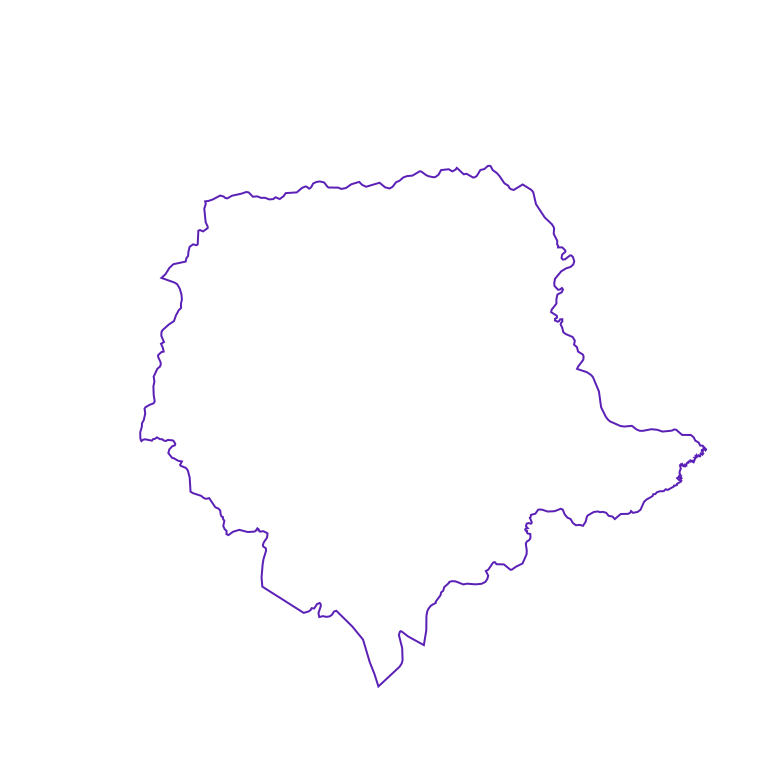 Mueang Loei, Loei, Thailand (Albers equal-area conic projection), rotated 57°
{"feature_id": "78962969B17428732488190", "entity_name": "Mueang Loei", "entity_type": "district", "adm_level": 2, "iso_a3": "THA", "parent_name": "Thailand", "parent_adm1": "Loei", "projection": "albers", "projection_center": [101.792, 17.544], "detail": "fine", "context": "isolated", "style": "outline", "palette": "violet", "viewbox_px": 768, "rotation_deg": 57, "n_neighbors": 0, "source": "geoboundaries", "source_scale": "gbopen_adm2", "svg_char_len": 6153}
<svg xmlns="http://www.w3.org/2000/svg" viewBox="0 0 768 768"><g transform="rotate(57 384 384)"><path d="M242.4,205.2L243.2,207.5L242.9,210.9L239.1,212.8L235.7,219.6L238.2,224.4L238.4,227.9L237.8,229.6L234.2,233.3L231.8,234.9L226.1,237.0L225.1,238.1L224.7,246.7L222.2,251.4L221.3,255.3L222.0,260.4L221.3,263.9L223.3,269.4L223.1,272.8L219.6,276.0L212.8,278.1L208.8,291.6L205.1,293.9L201.0,294.7L198.7,302.6L198.9,309.3L197.1,313.6L194.3,315.5L189.1,323.4L187.9,324.0L182.4,324.4L179.1,327.6L177.7,330.8L177.3,334.3L179.2,337.7L179.6,339.9L179.0,340.6L176.4,341.4L175.5,342.5L174.9,346.0L175.8,352.8L170.4,362.4L171.8,366.0L172.1,370.7L168.3,373.3L168.6,376.2L166.7,379.7L163.0,382.4L160.9,385.8L157.7,388.0L155.5,392.0L149.7,393.1L148.0,394.8L146.7,399.9L143.3,409.0L143.0,414.3L141.6,415.8L139.4,416.4L136.7,418.8L136.0,427.1L134.8,431.7L133.4,434.5L135.9,435.4L139.0,439.2L151.3,445.5L155.8,446.1L157.2,446.9L157.5,452.6L154.6,454.6L154.3,456.2L165.3,464.1L165.6,465.5L162.9,468.1L163.1,472.3L166.9,476.3L169.9,478.5L170.7,481.0L173.3,483.7L168.8,495.4L169.8,500.9L172.9,507.4L173.8,512.9L184.9,504.4L187.6,503.1L193.0,503.4L198.8,505.2L203.1,507.5L206.1,510.6L209.7,512.8L210.3,515.9L213.2,521.2L216.8,525.8L216.9,532.0L218.2,540.3L219.2,542.3L222.3,544.5L229.0,545.7L228.8,549.1L233.3,549.8L236.8,551.1L236.0,553.4L236.8,557.8L238.3,558.7L244.0,559.5L246.1,560.6L247.4,562.5L247.8,565.8L252.4,573.2L256.9,575.2L260.4,578.7L268.1,583.3L273.6,585.7L274.7,587.7L273.8,592.2L273.6,596.6L274.2,598.2L278.8,600.4L283.4,605.1L285.2,608.4L287.9,610.3L291.7,614.7L296.6,617.8L298.8,618.5L299.8,618.5L299.5,616.3L300.3,614.4L305.1,609.5L304.5,607.7L305.2,606.2L305.1,603.5L308.3,601.9L309.6,600.0L311.1,599.7L313.0,598.0L313.2,595.7L316.3,591.8L317.7,591.5L320.5,591.6L321.5,592.9L320.9,595.6L321.9,599.6L324.5,602.5L330.7,601.9L331.6,600.8L336.2,598.5L338.9,595.7L340.7,599.0L341.8,599.1L346.6,595.8L349.6,595.6L356.8,598.0L368.9,604.9L371.6,603.6L378.3,598.2L381.6,597.2L383.5,595.6L384.5,592.8L395.5,592.6L398.5,590.6L401.0,590.3L404.4,592.0L406.8,592.4L407.7,591.6L409.7,592.5L411.8,592.4L415.6,596.2L419.2,596.7L421.4,596.0L424.1,597.9L426.0,596.8L425.7,591.1L427.5,584.8L433.9,578.9L436.9,573.7L437.4,571.9L436.1,568.8L437.5,568.3L438.5,569.0L438.9,568.4L440.3,568.4L441.7,565.4L445.8,563.0L449.1,565.7L451.4,571.2L453.1,573.3L454.4,573.8L457.4,572.6L459.6,573.7L465.2,580.4L469.4,584.2L479.6,592.1L487.7,596.4L532.2,576.0L533.7,571.1L533.6,568.6L532.6,566.8L534.2,564.8L532.1,560.0L532.6,557.2L533.8,557.0L535.7,557.8L540.5,563.8L544.2,565.2L545.4,561.7L548.0,559.0L549.3,556.0L549.2,553.3L547.6,549.8L548.2,547.5L570.0,542.7L587.0,540.8L609.7,547.5L621.8,549.9L634.6,553.4L629.6,524.9L628.0,521.3L625.7,518.8L615.4,512.6L602.6,508.2L600.4,505.5L600.4,504.6L601.4,503.9L609.0,501.2L624.7,492.8L613.6,482.7L601.6,474.7L598.3,471.6L596.7,469.1L595.4,465.2L595.8,459.8L594.7,459.1L591.9,451.6L589.9,449.6L589.6,446.9L587.2,444.2L586.2,437.9L585.6,437.1L586.3,434.5L588.5,431.5L595.3,426.6L596.7,423.1L601.9,416.3L604.7,411.0L605.2,406.8L603.7,403.4L601.5,401.0L596.3,400.4L596.5,397.6L593.2,389.8L593.7,388.1L596.4,387.8L600.6,381.7L608.7,379.1L609.3,377.9L609.1,372.7L610.0,365.6L604.4,357.1L601.1,354.8L595.2,352.1L593.9,350.0L594.0,347.3L593.0,345.1L589.5,343.0L587.7,344.9L586.5,345.0L585.2,344.1L584.2,345.1L582.8,344.7L582.5,344.0L583.2,342.0L580.6,342.4L578.8,340.4L579.4,338.5L581.1,336.9L581.1,336.1L580.3,335.3L575.7,334.6L575.6,333.7L573.8,332.0L575.2,327.7L573.5,323.5L573.6,322.4L575.6,319.8L580.1,316.2L583.6,310.2L584.9,303.8L586.6,302.5L592.2,303.5L596.1,302.9L598.8,301.1L603.5,301.3L607.0,299.9L608.8,296.5L611.3,294.4L609.4,290.0L605.8,286.1L605.2,284.7L605.6,277.7L607.4,274.0L609.2,272.6L610.3,270.2L613.0,267.8L616.9,267.4L619.6,264.6L623.0,264.0L622.0,256.2L625.9,249.9L626.0,247.5L625.1,246.0L627.6,245.4L629.4,241.1L629.2,237.4L624.4,230.0L623.9,226.8L624.3,219.8L623.1,218.2L624.1,216.4L623.4,214.2L624.2,211.1L626.2,207.8L625.7,205.1L627.4,203.6L627.8,196.4L627.2,196.1L628.3,193.6L627.3,192.6L627.6,188.3L627.0,187.3L625.6,188.0L625.3,188.8L622.6,189.4L622.7,186.9L625.2,186.8L625.1,185.8L623.7,186.0L623.2,185.2L622.6,186.0L622.0,185.3L621.6,186.0L621.0,184.8L619.6,184.7L617.8,183.0L616.8,181.3L613.3,180.0L613.0,178.6L614.1,178.5L613.8,177.6L614.6,177.8L615.6,176.7L616.1,177.5L617.0,176.4L616.5,176.0L617.0,175.1L615.8,175.0L616.3,174.3L615.3,172.9L615.8,171.6L615.0,171.2L615.0,170.2L616.0,169.3L615.1,168.6L618.3,167.0L617.7,166.1L616.8,166.3L617.2,165.6L616.0,163.5L614.9,163.7L615.4,162.4L614.0,161.8L614.5,161.3L614.1,160.7L615.5,160.9L615.1,159.2L616.3,159.0L616.8,158.2L614.7,156.2L615.2,155.3L616.6,155.3L616.3,154.3L615.5,154.6L614.4,153.5L613.2,154.0L612.5,153.3L613.2,152.0L612.1,151.3L613.0,150.4L614.7,150.4L614.3,149.5L609.2,150.4L607.8,152.4L604.4,152.0L601.0,153.8L597.4,153.3L593.9,154.4L589.1,161.7L581.5,163.9L580.2,165.3L579.9,168.0L575.6,176.3L571.1,179.9L567.6,184.3L564.2,192.6L562.4,195.1L559.8,196.9L554.1,198.9L550.6,205.6L548.0,208.6L538.5,214.8L535.6,215.6L532.1,215.8L521.8,214.6L507.3,207.8L492.0,205.0L489.0,205.5L484.6,207.4L476.5,213.9L475.2,211.9L472.2,203.6L469.6,201.6L467.5,201.2L462.5,203.6L458.2,202.1L454.5,203.2L451.7,200.4L447.3,200.2L441.2,204.3L438.2,205.4L433.6,203.8L430.3,203.5L429.1,202.1L428.7,200.4L426.8,199.2L425.7,201.1L426.6,202.9L426.5,204.2L423.9,206.0L422.5,205.1L422.6,202.7L420.9,201.9L414.8,204.7L413.0,203.0L410.5,195.6L406.7,193.2L403.4,189.8L403.9,185.0L402.3,182.5L400.4,182.5L400.6,185.0L399.7,186.7L394.8,187.6L392.4,186.5L388.9,183.3L386.0,173.9L386.2,168.3L387.4,163.8L386.9,160.2L384.7,157.6L380.4,156.4L378.3,156.9L377.5,157.8L378.0,164.3L377.0,166.3L375.0,166.5L372.5,164.1L371.9,159.9L370.8,159.2L366.5,160.1L364.2,163.7L363.1,162.7L361.3,162.8L358.2,160.7L350.5,159.9L346.2,156.6L344.4,156.2L341.4,156.2L331.9,158.5L316.0,158.6L304.4,154.4L301.5,154.7L292.2,159.0L291.9,169.6L289.6,171.5L288.0,172.0L285.3,171.8L281.3,173.7L272.2,173.9L268.4,174.5L263.8,176.3L259.4,175.9L258.5,176.5L257.7,178.2L258.4,182.8L257.0,186.6L260.0,192.7L260.1,195.0L259.4,196.8L252.6,200.3L251.6,202.9L242.4,205.2Z" fill="none" stroke="#5b21b6" stroke-width="2"/></g></svg>